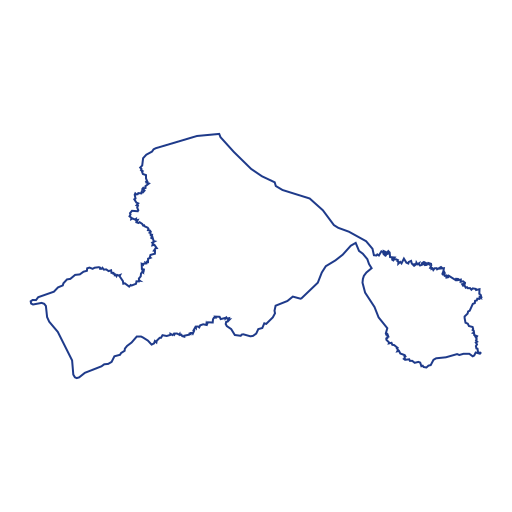 Nikhom Nam Un, Sakon Nakhon, Thailand (orthographic projection)
{"feature_id": "78962969B87350252424765", "entity_name": "Nikhom Nam Un", "entity_type": "district", "adm_level": 2, "iso_a3": "THA", "parent_name": "Thailand", "parent_adm1": "Sakon Nakhon", "projection": "orthographic", "projection_center": [103.748, 17.175], "detail": "fine", "context": "isolated", "style": "outline", "palette": "blue", "viewbox_px": 512, "rotation_deg": 0, "n_neighbors": 0, "source": "geoboundaries", "source_scale": "gbopen_adm2", "svg_char_len": 6094}
<svg xmlns="http://www.w3.org/2000/svg" viewBox="0 0 512 512"><path d="M479.3,293.8L479.5,289.2L476.1,290.0L475.8,288.9L472.7,288.4L471.4,289.7L470.0,288.1L467.8,288.2L467.0,287.2L465.7,287.7L464.3,284.9L463.1,285.7L462.2,284.2L464.9,283.6L465.0,282.8L463.1,281.3L460.6,281.8L460.8,279.6L456.8,280.3L456.2,279.9L457.2,278.9L456.0,278.8L455.5,280.0L448.4,275.5L447.5,275.8L448.5,276.6L448.2,277.2L446.4,277.6L446.1,275.5L444.7,275.8L444.3,274.2L443.0,274.6L442.4,273.9L443.1,272.0L444.4,272.3L443.5,270.5L443.9,268.2L440.8,268.5L441.8,267.7L441.0,267.0L437.1,269.3L436.6,268.2L434.6,268.3L433.3,270.0L432.5,268.3L431.4,268.9L431.3,267.9L430.2,267.8L431.3,265.3L431.0,263.8L428.8,263.1L428.9,264.3L427.5,263.5L426.7,264.9L424.9,265.1L424.4,264.1L425.5,264.2L425.7,262.9L423.9,262.0L421.8,263.3L422.1,264.1L423.1,263.7L422.9,264.4L420.0,265.5L418.7,264.1L419.0,263.3L417.4,264.3L416.4,262.6L416.1,264.1L414.8,264.2L415.2,265.0L414.1,265.8L411.8,263.5L411.1,260.9L408.7,262.0L408.3,263.5L406.4,262.7L403.9,258.6L401.5,263.4L400.2,261.9L398.3,263.7L398.4,261.9L397.4,261.1L397.9,260.1L396.1,259.3L393.9,259.4L393.3,260.4L392.2,259.7L392.2,258.1L393.6,258.5L394.5,257.5L390.1,257.1L389.7,253.1L388.0,253.7L389.1,252.0L388.3,251.1L386.5,253.5L386.4,252.3L384.2,251.3L386.0,256.2L383.6,254.1L382.9,251.9L381.4,251.3L378.9,255.5L377.3,254.4L376.4,255.5L373.9,255.2L372.5,248.8L366.1,241.2L348.9,231.7L338.2,227.8L333.9,225.1L322.9,210.3L309.7,198.5L282.5,190.0L275.8,186.0L274.7,182.3L262.0,176.3L251.1,168.9L233.8,151.9L220.5,137.2L219.2,133.9L196.9,136.0L155.8,148.2L153.6,149.3L152.0,151.6L146.3,154.7L143.1,158.2L142.2,165.5L140.2,167.6L141.5,169.0L141.0,170.1L142.6,171.1L142.0,171.7L142.9,174.0L146.0,175.1L146.0,178.4L147.0,180.9L146.4,181.5L147.2,181.9L146.6,182.6L148.9,183.5L145.4,186.2L145.5,188.0L143.7,188.5L143.2,187.9L142.4,188.8L142.3,189.8L142.9,189.2L144.5,190.6L142.9,192.4L141.6,192.0L141.3,193.4L138.3,193.1L137.7,194.2L136.4,194.4L135.3,193.4L134.7,194.7L135.5,198.5L134.3,199.3L136.4,202.6L138.2,203.4L136.6,205.3L137.9,205.7L137.2,207.6L138.3,210.3L137.8,211.0L138.5,211.3L132.0,210.8L130.0,213.2L130.5,214.5L129.5,216.3L131.4,217.8L131.2,219.2L132.6,218.5L134.9,219.5L136.1,218.8L136.1,220.3L137.7,220.0L136.5,222.3L138.5,223.0L139.6,222.2L142.2,223.9L143.1,225.5L144.1,225.3L144.4,226.2L147.7,227.7L148.5,228.9L148.0,230.2L150.0,230.6L150.7,231.7L149.7,232.7L150.5,233.0L150.7,235.0L152.0,234.9L151.3,238.0L152.3,238.5L152.7,237.9L153.7,241.2L154.6,241.4L152.2,242.7L152.9,243.6L152.4,245.3L154.4,244.8L156.7,248.1L155.6,248.2L153.9,250.7L155.0,250.9L154.9,253.7L150.5,254.9L149.8,257.3L150.5,257.8L148.1,258.7L148.0,262.0L147.0,261.7L146.6,263.1L145.4,262.6L145.6,263.5L143.1,263.8L143.0,264.7L141.7,263.9L141.9,269.0L143.9,269.5L143.6,271.3L142.6,270.9L142.9,272.4L142.2,271.9L141.0,273.6L140.7,276.4L138.9,278.5L139.0,280.1L139.8,280.7L139.0,280.6L138.9,281.4L136.5,281.3L136.0,283.8L131.6,285.5L130.7,285.0L129.2,286.6L124.8,283.3L123.3,283.7L122.9,281.1L119.5,276.1L120.1,275.0L118.7,275.5L117.1,274.9L116.5,276.1L116.0,275.2L114.8,275.3L114.8,274.1L113.4,273.8L113.4,272.9L111.5,272.9L111.1,270.3L108.6,271.1L106.2,269.4L103.8,269.6L102.4,267.8L101.5,268.8L100.1,268.8L100.0,267.6L98.9,267.2L94.7,267.7L92.6,268.8L89.5,267.6L87.2,268.3L86.9,270.8L83.5,271.7L79.8,274.4L75.1,274.9L70.3,278.9L67.0,279.4L63.4,283.3L62.8,285.4L58.0,287.4L53.9,291.7L38.2,297.2L36.0,300.1L32.6,300.0L30.7,301.3L31.1,303.5L33.0,304.5L41.6,302.9L44.2,303.8L45.9,306.0L47.1,317.1L49.2,321.7L57.8,331.9L72.1,360.4L73.3,374.6L74.9,377.3L76.7,378.1L79.1,377.4L84.9,372.8L101.5,366.3L104.2,364.3L108.2,363.9L111.6,361.9L114.4,356.3L120.0,354.8L121.1,353.0L124.6,350.8L124.9,348.6L127.1,345.9L131.6,342.5L136.8,336.5L141.0,336.5L143.0,337.5L147.9,340.6L151.6,344.6L154.0,343.4L154.9,341.0L156.4,342.4L156.7,340.8L159.7,337.8L161.0,337.8L162.5,335.2L166.7,336.0L170.4,334.9L170.4,333.8L172.7,335.1L173.9,333.8L174.4,334.5L174.8,333.6L176.9,333.5L179.3,334.7L179.8,333.9L180.1,335.0L181.4,334.7L182.2,336.1L184.3,336.7L184.3,335.7L189.1,334.7L189.5,333.6L190.6,334.1L190.8,333.0L192.2,332.9L192.8,333.7L194.1,330.8L193.5,330.4L195.2,327.4L195.9,328.1L195.9,326.6L198.1,326.5L199.2,327.4L200.2,325.3L203.2,324.3L206.2,324.9L206.5,323.2L207.1,324.2L207.9,322.3L212.7,322.5L213.0,319.3L213.9,317.7L215.6,317.6L215.1,316.6L219.6,316.8L220.7,319.1L225.0,318.0L225.2,318.7L226.3,317.4L227.2,318.6L228.9,318.2L228.4,319.5L229.7,319.4L227.6,321.6L226.2,321.8L225.7,324.0L226.8,326.1L231.2,329.1L234.8,335.0L240.7,335.8L241.7,334.6L243.3,334.3L250.4,336.3L253.0,335.9L256.2,333.6L258.3,329.1L262.3,328.0L264.3,323.3L266.2,323.9L272.8,317.4L275.0,313.3L274.5,310.7L275.6,305.7L287.4,301.0L292.8,296.6L300.5,298.7L301.5,298.3L317.8,282.7L321.8,272.5L325.8,266.2L335.4,260.4L342.7,254.7L350.8,245.7L355.7,242.9L359.0,250.9L362.8,253.7L367.3,259.1L369.0,264.0L371.6,268.2L366.4,272.5L363.9,275.8L362.9,278.9L362.5,282.7L365.1,292.6L374.5,307.0L378.6,317.4L387.3,328.2L385.8,333.5L386.4,334.8L387.4,334.1L388.4,336.7L387.3,337.2L387.3,338.8L387.0,338.0L386.3,338.4L386.4,339.8L389.2,342.6L388.9,343.4L391.5,342.8L392.3,344.8L394.2,345.1L397.5,347.8L396.9,348.3L398.0,349.9L397.3,351.3L399.0,350.9L400.3,353.5L404.7,355.1L405.3,356.2L404.5,356.3L404.8,358.2L403.9,358.9L405.1,359.8L409.2,359.3L409.9,360.9L412.3,360.9L414.7,362.8L418.4,361.9L420.2,362.6L421.4,366.2L422.7,365.7L423.6,367.0L426.4,367.5L428.5,365.6L430.7,365.1L433.5,359.8L436.1,358.3L445.9,357.3L457.1,354.1L459.3,355.0L463.5,353.8L469.3,353.8L472.7,356.3L474.2,355.5L475.7,352.5L479.9,353.7L481.1,352.3L480.0,353.0L478.0,352.1L477.5,348.7L476.4,348.4L475.9,346.1L477.0,344.4L475.8,342.5L477.2,341.7L476.0,340.4L476.7,339.0L475.6,337.0L476.5,337.3L477.1,336.2L474.2,335.0L474.1,333.3L473.2,333.0L474.0,332.5L473.8,330.9L472.6,330.0L473.2,329.1L472.6,327.0L468.9,326.0L467.8,323.7L465.5,322.7L464.6,318.0L464.6,316.5L467.6,313.6L468.1,311.5L469.7,310.7L472.8,303.9L474.8,303.1L475.1,300.8L476.8,300.4L477.3,298.7L479.4,298.9L479.6,297.1L480.6,297.7L480.3,296.9L481.3,297.0L480.7,294.9L479.3,293.8Z" fill="none" stroke="#1e3a8a" stroke-width="2"/></svg>